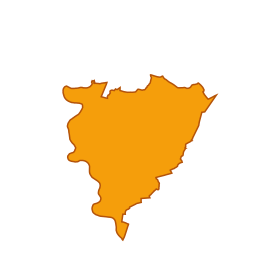 the district of Pomi, Satu Mare, Romania, rotated 224°
{"feature_id": "2599482B42596720355480", "entity_name": "Pomi", "entity_type": "district", "adm_level": 2, "iso_a3": "ROU", "parent_name": "Romania", "parent_adm1": "Satu Mare", "projection": "mercator", "projection_center": [23.315, 47.676], "detail": "fine", "context": "isolated", "style": "filled", "palette": "amber", "viewbox_px": 256, "rotation_deg": 224, "n_neighbors": 0, "source": "geoboundaries", "source_scale": "gbopen_adm2", "svg_char_len": 5663}
<svg xmlns="http://www.w3.org/2000/svg" viewBox="0 0 256 256"><g transform="rotate(224 128 128)"><path d="M148.7,181.8L147.3,180.9L146.3,180.6L146.0,180.4L145.9,180.3L145.4,179.2L143.4,175.9L143.3,175.3L143.3,174.4L143.1,173.6L142.9,173.0L143.2,172.0L143.2,171.8L143.1,171.2L142.8,170.8L142.8,170.7L142.8,170.4L142.7,170.2L142.8,169.9L142.7,169.7L142.8,169.2L142.5,167.9L142.5,167.5L142.8,166.8L142.9,166.5L143.3,166.3L143.8,165.6L143.9,165.2L144.1,165.0L146.2,163.9L147.7,162.9L147.8,162.5L147.8,162.2L147.7,161.0L147.7,160.6L147.6,159.6L147.8,159.0L148.4,158.2L149.6,156.8L151.1,155.4L153.3,153.2L156.1,151.3L159.8,149.4L161.8,151.6L162.4,148.3L163.5,147.5L164.1,147.4L163.9,145.4L165.9,144.1L166.4,143.2L166.6,142.4L166.5,142.0L165.9,141.3L165.5,141.1L165.1,140.9L164.9,139.7L164.7,138.9L165.1,137.8L165.1,137.6L164.8,136.9L164.7,136.4L164.6,136.2L164.2,135.8L163.8,135.3L163.5,135.2L163.4,135.1L164.6,134.3L169.0,131.9L174.0,144.5L174.8,146.1L176.0,144.6L176.2,144.1L176.5,143.8L177.0,143.3L177.7,142.3L178.0,142.0L178.6,140.9L179.2,140.1L180.1,139.5L181.9,138.0L182.5,137.7L182.7,137.2L183.3,136.7L183.5,136.6L183.7,136.8L183.8,136.8L184.0,136.9L184.0,137.2L183.9,137.6L184.0,137.9L184.5,138.2L185.1,138.5L185.3,138.7L185.9,137.2L186.6,137.1L186.1,135.7L185.4,135.4L184.5,134.9L184.3,134.5L184.1,133.8L184.0,131.5L184.4,130.3L184.9,129.1L186.0,127.6L186.7,127.1L188.2,125.7L189.0,125.4L190.2,124.4L190.9,123.3L191.6,122.1L192.5,121.0L193.4,120.1L193.9,119.4L195.7,117.6L196.6,116.9L197.6,116.6L198.9,116.2L201.3,115.5L201.7,114.8L202.0,114.1L202.1,113.5L202.0,112.5L201.8,111.5L200.9,110.0L200.4,109.6L199.3,108.4L198.1,107.6L195.8,106.3L194.8,105.9L193.4,105.6L191.8,105.5L189.5,105.9L188.7,106.2L187.6,106.6L185.9,107.4L185.3,108.0L183.9,108.9L182.8,110.0L182.1,110.5L180.3,112.0L178.7,112.8L177.8,113.2L177.1,113.1L176.3,112.6L175.6,111.9L174.9,111.3L174.7,110.8L174.2,109.5L173.4,106.2L173.2,104.6L173.1,104.1L173.2,102.9L173.6,101.5L174.2,98.7L174.3,97.7L174.6,96.6L174.7,95.4L175.0,94.5L175.1,93.7L175.1,93.1L174.6,90.7L174.4,89.9L174.1,89.2L173.7,88.6L173.0,87.4L172.3,86.8L170.9,86.2L170.3,86.0L168.8,85.0L167.7,84.0L166.0,82.8L161.9,79.5L160.0,78.9L157.7,78.5L155.2,78.5L152.0,77.5L151.3,76.5L151.1,75.7L150.4,74.3L150.3,72.8L150.6,71.9L151.3,70.8L152.2,68.8L152.0,67.2L151.8,65.9L150.9,64.9L149.5,64.1L148.6,63.9L147.7,63.9L145.7,64.7L143.0,66.6L142.5,66.8L140.7,68.9L140.0,71.3L138.0,73.2L136.5,74.2L135.5,74.5L134.6,74.9L132.2,75.0L131.0,74.7L129.6,74.1L129.0,73.7L126.4,70.9L125.1,69.6L124.0,68.8L122.8,68.3L120.3,67.7L119.5,67.6L118.9,67.7L112.9,68.8L110.7,68.8L109.9,68.6L108.9,68.0L108.0,67.3L107.0,65.9L106.5,65.0L106.1,63.8L105.7,62.8L104.7,61.3L104.1,60.6L103.4,60.1L100.2,59.4L99.1,58.9L98.2,58.1L97.7,57.1L97.3,56.2L97.3,55.0L97.7,53.3L98.1,52.3L99.5,49.9L99.8,48.9L99.4,47.7L98.9,46.5L98.2,45.4L97.5,44.7L96.5,44.0L95.1,43.2L94.2,43.0L93.3,43.0L91.8,43.2L90.7,43.4L89.4,44.1L87.6,44.8L86.3,45.6L85.3,46.4L81.9,49.1L80.5,50.1L79.0,51.3L77.7,52.2L76.4,52.7L74.3,52.8L73.2,52.5L72.2,52.0L70.3,50.7L67.6,48.6L65.4,46.2L63.4,45.1L62.3,44.7L60.1,44.3L57.7,44.2L55.6,44.3L55.3,44.0L54.8,43.8L53.9,43.8L54.7,46.3L54.9,46.8L54.9,47.0L55.5,48.2L55.6,48.5L56.3,49.9L57.5,52.4L60.0,57.4L60.6,58.9L60.9,59.2L62.2,58.6L63.5,58.2L66.0,57.1L67.3,56.2L68.3,57.6L68.5,57.7L69.0,58.6L69.5,59.2L70.0,59.9L71.8,62.4L70.6,63.7L70.1,64.1L70.6,64.5L71.5,65.6L71.8,66.2L72.2,67.1L72.2,67.4L72.1,68.2L71.6,69.5L71.4,69.7L71.4,69.9L71.3,70.5L71.1,71.0L71.3,71.3L71.2,71.4L71.8,72.1L71.9,72.4L71.7,72.6L71.1,74.5L70.8,75.2L70.7,75.6L69.7,78.4L69.5,79.3L69.0,80.3L68.5,81.0L66.8,83.7L67.6,84.3L69.6,86.4L63.8,93.0L65.1,93.6L65.5,93.8L65.5,95.1L65.3,95.6L65.4,97.4L65.4,98.2L65.4,100.1L65.3,100.4L65.4,100.8L65.6,101.1L65.3,101.7L65.3,102.1L65.2,102.8L65.3,103.7L63.9,104.2L63.4,104.7L63.3,104.8L63.3,105.1L63.5,105.4L63.6,105.8L64.2,106.3L65.3,107.9L66.0,108.5L66.4,109.0L66.8,109.7L67.0,109.9L67.6,110.2L68.9,110.4L70.6,111.3L71.0,111.4L72.5,111.1L72.7,111.3L72.9,111.5L73.5,111.8L72.2,114.1L71.7,114.9L68.9,119.4L68.2,120.7L65.5,125.2L65.1,126.0L68.3,127.0L68.0,128.1L67.7,128.5L67.6,128.8L67.6,129.1L67.6,129.3L67.3,129.7L67.0,130.2L66.9,130.5L66.7,130.7L66.6,131.7L66.3,132.4L66.0,133.6L66.0,133.9L65.9,134.3L65.8,134.8L66.4,135.7L66.6,136.5L66.6,137.1L66.5,138.1L66.3,138.7L66.0,139.6L65.2,141.0L65.5,141.2L66.6,141.8L67.4,141.9L68.1,141.9L68.1,142.0L68.3,142.2L68.6,142.2L68.8,142.2L69.0,142.5L69.1,142.9L69.9,144.4L69.9,144.8L69.8,145.4L69.4,145.8L69.5,146.6L69.7,146.9L70.9,148.5L71.6,149.7L72.1,152.0L72.4,153.0L72.5,153.4L72.4,153.6L73.2,153.4L73.3,153.9L73.6,154.4L73.7,154.9L74.5,155.5L74.7,155.8L75.1,156.2L75.2,156.6L74.6,158.8L73.7,161.4L73.5,162.9L73.2,163.4L74.0,163.4L74.1,165.1L74.5,165.5L78.6,178.2L78.9,179.0L80.4,181.1L81.5,182.9L85.8,190.6L84.0,192.9L87.3,213.0L87.9,211.5L88.7,208.9L90.3,204.5L90.4,204.4L92.9,204.6L96.3,205.1L98.8,205.9L99.1,206.0L99.3,206.2L99.1,206.9L99.2,207.4L99.8,208.2L100.1,208.4L101.2,208.7L102.2,209.1L102.9,209.2L105.1,209.4L107.9,209.3L108.5,209.2L108.8,209.1L108.8,208.9L108.8,208.1L108.9,207.8L109.1,207.4L109.4,207.0L110.0,205.9L111.1,204.7L111.7,203.5L111.8,203.3L111.8,203.0L111.4,200.9L111.5,200.4L111.5,200.0L111.9,199.1L112.1,198.6L113.2,197.4L114.8,196.8L115.6,196.3L116.6,195.0L117.9,193.7L118.9,192.6L119.9,191.7L120.6,191.4L125.1,190.9L127.9,190.3L129.5,189.8L131.2,189.5L134.5,189.2L134.9,189.1L135.0,189.0L135.2,188.9L136.1,188.8L137.2,188.9L138.4,189.2L139.1,189.4L139.5,188.8L139.6,188.4L139.8,187.6L140.2,187.0L140.5,186.6L142.6,185.1L143.3,184.8L144.1,184.3L144.9,184.0L145.6,183.5L146.2,183.3L148.0,182.4L148.7,181.9L148.7,181.8Z" fill="#f59e0b" stroke="#b45309" stroke-width="1.5"/></g></svg>